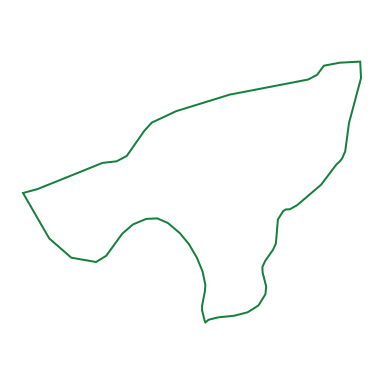 the border of Ambeno
{"feature_id": "TLS-543", "entity_name": "Ambeno", "entity_type": "District", "adm_level": 1, "iso_a3": "TLS", "parent_name": "East Timor", "parent_adm1": "", "projection": "mercator", "projection_center": [124.284, -9.341], "detail": "fine", "context": "isolated", "style": "outline", "palette": "green", "viewbox_px": 384, "rotation_deg": 0, "n_neighbors": 0, "source": "natural_earth", "source_scale": "10m", "svg_char_len": 821}
<svg xmlns="http://www.w3.org/2000/svg" viewBox="0 0 384 384"><path d="M360.2,61.6L361.0,78.1L349.0,123.0L345.2,151.4L342.1,158.5L339.5,161.7L336.4,164.5L321.0,184.8L297.1,205.2L289.7,209.3L286.0,209.4L283.2,211.0L277.9,219.5L275.9,243.5L273.0,249.8L265.2,260.9L262.4,267.0L262.6,272.5L266.2,286.6L265.4,294.3L258.4,305.5L247.6,312.3L233.9,315.8L218.5,317.3L208.7,319.7L205.4,322.4L204.7,320.9L202.1,310.4L202.1,305.6L204.9,291.3L205.4,285.2L202.6,271.6L196.9,257.7L189.1,244.4L180.0,233.3L167.9,223.0L157.3,218.4L146.2,218.9L133.0,224.4L122.3,233.6L106.2,255.8L96.0,262.0L71.3,257.7L49.2,238.4L23.0,193.0L37.7,189.0L102.5,162.9L116.6,161.3L126.7,156.0L144.3,130.8L151.9,122.5L176.3,111.1L229.7,94.6L308.2,79.5L317.1,74.8L323.9,65.7L339.8,62.7L359.9,61.6L360.2,61.6Z" fill="none" stroke="#15803d" stroke-width="2"/></svg>